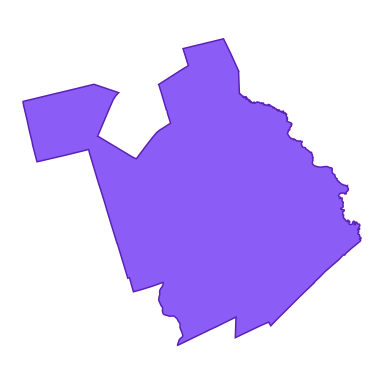 the district of Cosmesti, Teleorman, Romania
{"feature_id": "2599482B87533780865564", "entity_name": "Cosmesti", "entity_type": "district", "adm_level": 2, "iso_a3": "ROU", "parent_name": "Romania", "parent_adm1": "Teleorman", "projection": "equal_earth", "projection_center": [25.395, 44.317], "detail": "fine", "context": "isolated", "style": "filled", "palette": "violet", "viewbox_px": 384, "rotation_deg": 0, "n_neighbors": 0, "source": "geoboundaries", "source_scale": "gbopen_adm2", "svg_char_len": 5998}
<svg xmlns="http://www.w3.org/2000/svg" viewBox="0 0 384 384"><path d="M94.0,84.3L23.1,101.4L23.0,101.8L23.7,105.9L27.1,120.1L29.6,131.8L32.2,142.3L32.5,144.5L37.0,161.8L67.5,154.7L88.6,149.5L89.8,154.1L98.9,184.5L100.2,188.3L104.3,201.4L107.0,210.6L117.1,243.6L117.3,243.7L117.5,244.1L127.8,278.2L129.2,277.8L129.5,278.0L129.7,278.5L133.4,291.8L140.8,289.8L151.4,286.5L163.0,282.4L163.2,283.0L163.2,283.9L162.9,285.0L161.8,287.2L160.6,288.7L159.8,290.5L159.6,292.1L159.8,294.6L159.1,296.6L159.0,297.6L158.7,299.1L158.8,300.4L160.9,305.3L161.7,306.5L162.3,306.9L162.6,308.2L162.4,310.5L162.5,311.5L162.9,313.1L163.6,314.2L164.8,314.9L165.6,315.0L169.5,316.2L173.4,316.0L174.3,316.2L177.1,318.8L178.0,320.5L178.4,321.6L179.7,322.9L180.1,324.6L180.0,327.7L182.2,333.2L182.9,335.7L182.5,336.7L179.9,338.9L179.2,339.9L177.7,344.4L177.6,345.2L178.8,344.8L210.5,329.4L216.0,326.9L226.4,321.7L236.0,317.1L235.3,337.7L261.5,325.2L268.6,322.1L270.8,325.8L278.2,318.1L284.8,311.6L302.0,294.4L313.8,283.2L314.3,282.7L314.0,282.5L314.9,281.6L318.7,278.1L325.2,271.4L328.1,269.0L339.1,259.4L343.4,254.8L344.7,255.1L346.1,253.1L349.5,250.2L350.2,249.4L359.6,241.7L360.0,241.5L360.6,240.3L360.6,239.6L359.6,239.2L359.5,238.9L360.9,238.4L361.0,238.1L360.9,237.7L360.6,237.3L359.6,236.8L359.5,236.3L359.5,235.2L359.4,234.5L358.2,234.2L358.0,233.7L358.1,233.0L358.6,232.4L358.8,231.8L357.8,229.7L359.1,229.7L359.7,229.0L359.6,228.7L358.7,228.5L358.4,228.1L358.5,227.7L359.3,227.0L359.7,226.4L359.7,224.6L359.3,224.2L357.6,223.8L357.3,223.4L356.7,222.3L356.2,222.1L355.8,222.2L355.5,222.7L355.3,224.5L354.9,224.8L354.4,224.7L354.1,224.4L354.1,224.1L354.6,223.2L354.7,222.2L354.4,221.5L353.7,221.2L353.4,221.3L352.9,222.0L352.3,223.7L352.0,224.2L351.7,224.4L350.8,224.5L349.7,224.3L349.2,224.1L348.8,223.3L349.0,222.9L349.8,222.2L349.8,221.8L349.6,221.5L348.4,220.4L347.9,220.2L347.6,220.3L347.7,221.2L347.6,221.5L347.4,221.7L346.9,221.6L345.7,220.5L345.2,219.5L344.6,219.1L344.3,218.6L343.4,217.8L343.6,215.1L342.7,214.7L342.9,214.1L342.6,212.5L342.8,212.0L344.1,210.9L344.3,210.5L344.3,210.0L343.8,209.8L342.2,209.7L340.9,209.2L340.6,208.8L340.7,208.3L342.4,207.8L343.1,207.0L343.2,205.9L342.8,204.5L343.2,203.4L343.3,202.3L343.0,201.9L342.5,201.5L342.2,201.1L342.1,200.4L342.2,198.8L342.1,198.0L341.8,197.9L340.5,198.4L339.7,198.4L339.8,198.2L340.3,197.5L340.3,197.3L340.2,197.1L338.9,196.7L338.5,196.2L338.5,195.9L339.5,194.0L340.0,193.8L340.8,193.1L342.4,193.0L343.0,193.2L344.1,193.0L344.3,193.1L344.6,193.9L344.8,193.9L345.0,193.5L346.0,193.9L346.3,193.4L346.0,192.7L346.0,192.3L347.0,191.6L348.2,190.2L348.3,189.5L348.3,188.6L347.6,187.6L347.7,187.0L347.4,186.5L347.4,185.5L345.9,185.9L345.3,185.6L345.0,185.1L343.9,185.3L343.4,185.0L342.8,184.4L341.6,184.2L340.3,183.0L339.2,182.3L339.0,181.6L338.7,181.3L337.3,180.5L337.0,179.6L337.1,178.7L335.8,177.9L335.4,177.3L334.9,175.9L335.0,175.2L334.9,174.9L333.1,173.7L332.2,172.4L332.1,171.7L332.2,170.8L332.0,170.1L332.3,169.0L331.9,168.2L330.9,167.7L330.0,167.8L327.7,166.7L326.8,166.5L324.6,166.6L321.3,167.1L318.5,167.0L314.5,165.8L312.9,164.5L312.3,163.2L312.3,162.5L313.0,160.0L312.8,159.1L312.5,158.3L313.1,157.9L313.1,157.5L312.3,155.7L312.4,154.6L311.5,153.5L311.6,152.4L311.4,152.3L310.8,152.4L310.5,152.1L309.6,152.0L308.8,150.8L307.7,150.2L306.9,149.5L305.8,149.0L305.7,148.3L305.2,147.6L302.5,147.1L302.1,146.8L302.1,146.0L301.7,145.2L301.4,143.6L301.5,143.1L302.1,142.1L302.1,141.5L300.9,141.5L300.2,140.8L298.9,141.3L298.4,140.9L296.8,141.0L296.5,140.5L295.9,140.4L295.3,139.7L293.9,139.7L294.1,139.1L294.0,138.9L292.6,139.1L291.9,138.5L290.5,138.1L290.3,137.6L289.4,136.8L287.6,133.9L287.5,133.5L287.7,132.8L288.3,131.8L288.3,130.6L288.6,130.1L289.4,130.1L289.7,129.8L289.7,128.8L290.2,127.6L290.5,126.7L290.9,126.6L291.4,125.9L291.6,125.3L291.3,124.6L291.9,124.0L291.5,123.4L290.9,122.9L289.4,122.2L288.4,122.0L286.9,120.9L286.8,120.5L287.2,120.0L287.5,119.2L287.3,118.9L286.7,118.7L286.7,118.4L286.9,118.2L287.4,118.2L287.5,117.9L286.1,115.8L286.1,115.2L286.5,114.8L286.6,114.5L285.8,114.3L286.0,113.7L285.5,113.5L285.2,112.9L284.8,112.9L284.2,113.4L283.6,113.4L283.7,112.0L283.4,111.1L283.2,111.1L282.8,111.7L282.7,112.3L281.7,112.2L281.7,111.5L281.5,111.3L280.9,111.5L280.4,111.4L279.2,110.1L279.0,110.3L278.8,110.9L278.0,111.0L277.9,110.7L278.2,110.4L278.0,109.7L277.7,109.7L277.4,110.1L276.9,110.1L276.2,108.9L275.5,109.1L275.3,108.9L274.8,108.4L274.7,107.8L274.5,107.7L274.2,107.6L273.7,108.1L273.2,108.0L273.0,107.8L273.2,107.2L273.0,106.9L272.3,106.7L271.5,106.0L270.8,106.2L269.9,105.9L269.9,104.9L269.6,104.6L269.4,104.7L269.4,105.4L269.2,105.6L268.8,105.5L268.7,104.9L268.1,104.5L267.9,104.8L268.3,105.3L268.1,105.5L267.1,105.5L266.6,105.1L265.9,105.1L265.5,104.8L264.2,105.1L264.2,104.4L263.7,104.0L263.5,103.2L263.3,103.1L263.0,103.0L262.6,103.7L262.0,103.7L261.8,103.5L261.9,103.1L261.8,102.9L261.2,103.0L260.9,103.3L260.7,103.3L260.0,103.0L259.6,102.5L258.8,102.2L257.6,102.3L257.2,101.9L255.4,103.0L255.1,103.0L254.6,102.3L254.4,102.4L254.1,103.2L253.8,103.1L253.5,102.5L253.0,103.0L252.6,102.6L251.2,102.7L251.3,102.1L251.2,101.7L250.3,101.9L249.7,101.7L250.2,101.1L250.1,100.6L249.9,100.6L249.5,101.1L249.1,101.0L249.1,100.7L249.5,100.3L249.2,99.8L248.6,99.9L248.1,99.2L247.2,99.5L246.8,99.4L246.7,99.0L247.0,98.5L247.0,98.2L246.0,98.6L246.2,97.7L246.1,96.7L245.6,96.8L245.5,97.4L244.9,97.7L244.6,97.6L244.9,97.1L244.4,96.8L244.2,96.9L243.9,97.5L243.3,97.4L242.8,96.9L243.0,96.1L242.9,96.0L242.0,95.9L241.5,95.0L240.4,94.5L240.2,94.2L240.3,93.9L239.5,93.7L239.4,93.4L238.6,71.5L238.8,71.4L230.5,53.1L223.5,38.8L183.0,48.6L188.3,65.5L186.7,66.8L184.2,68.1L158.6,84.5L158.9,85.0L161.4,93.0L166.4,110.0L167.4,111.2L167.3,112.5L167.7,114.0L170.6,123.2L159.4,130.3L156.5,132.7L153.8,135.9L148.2,143.0L143.4,149.3L143.1,149.8L143.1,150.2L142.4,150.6L136.4,158.7L135.5,158.5L131.6,156.5L104.1,140.0L98.0,136.3L97.6,136.3L110.3,106.3L113.3,99.6L116.0,95.5L118.7,92.7L94.0,84.3Z" fill="#8b5cf6" stroke="#5b21b6" stroke-width="1.5"/></svg>